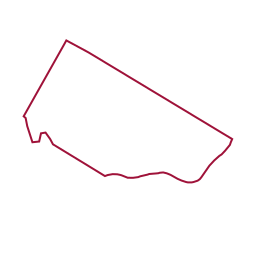 Clermont, Ohio, United States of America (Robinson projection), rotated 295°
{"feature_id": "52423323B73529130957654", "entity_name": "Clermont", "entity_type": "district", "adm_level": 2, "iso_a3": "USA", "parent_name": "United States of America", "parent_adm1": "Ohio", "projection": "robinson", "projection_center": [-84.222, 39.021], "detail": "fine", "context": "isolated", "style": "outline", "palette": "rose", "viewbox_px": 256, "rotation_deg": 295, "n_neighbors": 0, "source": "geoboundaries", "source_scale": "gbopen_adm2", "svg_char_len": 752}
<svg xmlns="http://www.w3.org/2000/svg" viewBox="0 0 256 256"><g transform="rotate(295 128 128)"><path d="M94.5,28.5L93.8,31.0L87.1,35.9L74.7,47.4L78.2,53.2L86.4,51.4L89.0,55.2L85.1,62.1L81.5,66.9L76.3,113.4L74.7,127.4L76.8,129.5L79.7,133.6L81.5,137.8L82.1,140.3L82.4,142.0L82.8,148.8L85.1,153.8L87.8,158.0L89.4,159.5L94.0,165.4L95.3,166.7L99.0,173.2L99.9,174.7L100.8,175.6L102.6,178.7L103.3,182.2L103.4,183.7L103.5,186.0L103.5,186.7L102.9,194.4L103.0,198.7L103.6,203.6L103.9,204.8L104.0,205.2L105.6,208.7L106.7,210.2L109.7,213.4L112.0,214.7L114.4,215.3L128.3,217.7L135.1,219.9L141.4,222.6L143.6,224.0L148.4,225.6L155.8,227.5L158.5,227.2L162.0,227.1L179.8,60.3L181.3,35.1L176.8,34.8L94.5,28.5Z" fill="none" stroke="#9f1239" stroke-width="2"/></g></svg>